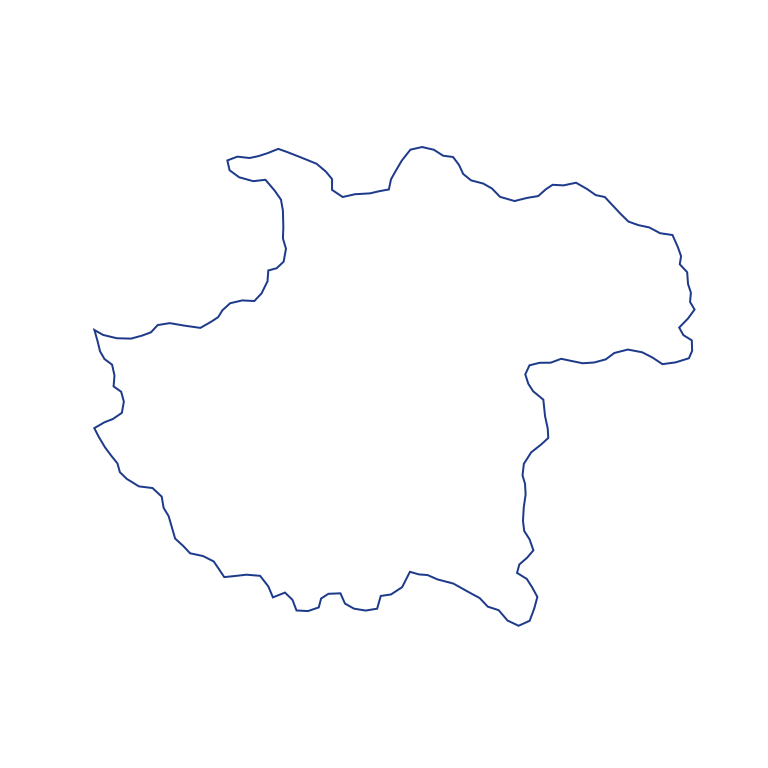 outline of Dores do Turvo, Minas Gerais, Brazil, rotated 282°
{"feature_id": "56859067B44427831669894", "entity_name": "Dores do Turvo", "entity_type": "district", "adm_level": 2, "iso_a3": "BRA", "parent_name": "Brazil", "parent_adm1": "Minas Gerais", "projection": "albers", "projection_center": [-43.164, -21.023], "detail": "fine", "context": "isolated", "style": "outline", "palette": "blue", "viewbox_px": 768, "rotation_deg": 282, "n_neighbors": 0, "source": "geoboundaries", "source_scale": "gbopen_adm2", "svg_char_len": 2514}
<svg xmlns="http://www.w3.org/2000/svg" viewBox="0 0 768 768"><g transform="rotate(282 384 384)"><path d="M175.5,565.9L182.7,575.7L195.3,577.6L207.6,578.3L215.8,571.3L223.0,564.2L226.9,553.4L235.6,553.9L244.0,560.2L252.4,564.7L262.3,558.7L269.4,551.7L279.0,548.4L292.1,546.4L305.3,545.5L315.7,542.7L323.4,538.5L335.0,537.4L347.8,542.2L357.4,550.2L365.4,555.9L374.5,553.4L386.1,548.2L401.8,543.1L407.9,531.4L414.1,525.2L422.8,520.2L432.5,522.4L437.1,531.8L439.5,542.6L445.5,552.1L445.5,562.9L445.6,574.0L448.7,585.0L454.2,595.8L462.2,602.8L468.4,615.4L468.7,630.0L465.6,641.4L461.3,652.2L465.8,664.8L472.6,676.9L480.5,678.5L490.7,676.0L494.1,666.6L500.6,661.0L511.2,667.7L521.4,672.3L527.9,666.3L537.1,665.2L545.0,660.6L556.4,657.3L562.6,648.4L570.8,648.0L579.1,642.9L589.7,635.2L588.9,622.6L592.3,610.9L592.3,599.5L593.7,589.3L599.7,579.9L607.2,569.1L612.8,561.1L612.8,551.8L616.9,542.2L620.8,530.0L615.6,518.3L613.9,507.5L608.1,501.8L599.9,495.8L595.8,485.3L590.1,473.6L591.2,458.6L597.7,448.9L600.7,439.4L601.3,426.8L605.9,417.8L613.9,411.8L620.4,404.3L619.6,394.4L623.5,384.0L623.7,371.9L618.7,361.1L606.1,354.9L595.0,351.2L585.7,348.3L575.3,348.3L571.7,339.5L567.5,330.5L563.6,316.2L558.3,304.7L563.1,292.8L573.6,290.6L579.6,283.1L585.4,272.3L588.5,254.8L590.8,240.8L592.0,231.7L585.5,222.0L580.7,213.6L577.1,205.5L575.9,193.3L570.1,184.3L561.0,188.5L556.1,199.3L555.2,213.9L559.1,225.6L550.3,237.0L542.9,244.9L532.5,249.1L516.6,252.9L505.3,254.9L495.9,260.0L482.8,260.4L474.9,254.9L471.0,247.2L460.4,248.7L447.2,245.4L438.2,239.9L436.3,228.0L431.0,216.7L422.5,210.6L414.9,207.9L408.8,201.8L400.7,192.7L399.6,176.8L399.0,161.8L394.6,150.4L386.1,145.3L381.1,137.4L375.8,127.2L373.2,113.1L373.6,99.0L376.6,89.5L366.6,94.8L357.0,99.4L350.3,105.4L346.4,114.0L336.3,118.6L325.4,120.0L321.8,128.5L312.7,133.2L301.3,133.6L293.4,126.1L288.5,118.6L280.6,109.8L273.2,115.8L264.0,124.3L257.0,132.3L250.9,139.8L242.8,144.0L237.7,152.1L232.9,165.6L234.1,179.2L227.6,190.0L217.0,194.2L210.0,200.8L198.8,206.8L189.4,211.8L183.7,221.5L178.1,229.5L178.1,242.7L175.0,254.4L169.2,260.4L161.9,267.9L165.3,278.4L168.9,289.2L170.6,302.7L161.9,313.0L152.2,319.7L159.4,330.5L153.9,339.3L144.3,345.5L146.1,356.9L151.9,366.6L161.1,367.1L167.2,373.2L170.2,384.9L161.1,391.5L158.0,401.4L158.6,413.2L162.8,424.0L176.0,424.9L179.6,434.6L189.1,444.0L205.7,448.4L205.0,457.7L206.2,466.3L204.0,476.9L203.2,493.4L198.4,508.9L194.5,522.1L187.8,531.8L186.6,543.2L178.3,554.0L175.5,565.9Z" fill="none" stroke="#1e3a8a" stroke-width="2"/></g></svg>